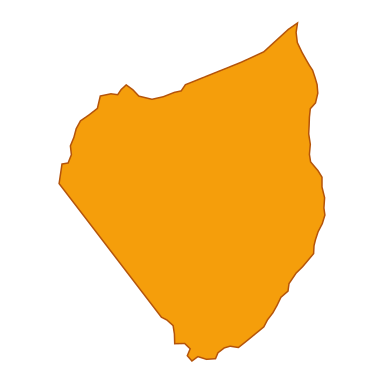 the district of Mari, Paraíba, Brazil
{"feature_id": "56859067B78351678962852", "entity_name": "Mari", "entity_type": "district", "adm_level": 2, "iso_a3": "BRA", "parent_name": "Brazil", "parent_adm1": "Paraíba", "projection": "orthographic", "projection_center": [-35.297, -7.037], "detail": "fine", "context": "isolated", "style": "filled", "palette": "amber", "viewbox_px": 384, "rotation_deg": 0, "n_neighbors": 0, "source": "geoboundaries", "source_scale": "gbopen_adm2", "svg_char_len": 1079}
<svg xmlns="http://www.w3.org/2000/svg" viewBox="0 0 384 384"><path d="M185.4,84.7L181.2,90.9L174.3,92.4L163.4,96.7L152.0,99.3L138.8,96.1L133.0,89.9L126.2,84.9L121.2,89.5L117.7,94.7L110.9,93.8L100.3,96.0L97.4,108.4L88.8,115.1L80.5,120.8L76.2,128.7L73.9,137.4L70.4,145.9L71.4,154.7L68.1,163.0L62.0,164.0L59.1,183.6L81.8,213.2L161.4,317.2L166.9,320.0L173.1,325.6L174.4,333.9L174.7,343.7L184.7,343.5L190.2,348.8L187.3,355.7L191.9,361.0L197.9,356.6L206.4,359.3L215.5,358.7L218.0,352.7L224.3,347.9L230.1,346.2L238.4,347.5L245.0,342.3L263.8,326.9L267.5,319.8L272.8,312.9L277.0,305.4L280.9,297.3L288.0,291.1L289.0,283.6L296.1,273.1L302.6,266.7L313.6,253.6L314.0,245.7L315.5,239.6L318.1,231.7L322.3,223.6L324.9,215.1L323.9,208.0L324.6,197.8L322.0,187.1L322.0,177.2L318.0,170.7L310.6,161.9L309.4,154.4L310.3,144.3L308.7,133.9L309.1,125.7L309.4,117.2L310.3,108.7L315.5,102.9L317.8,93.2L317.1,84.6L315.2,78.1L312.6,70.3L309.4,65.4L306.2,59.9L302.0,52.4L297.3,42.5L296.1,32.4L297.5,23.0L288.4,29.3L263.8,51.8L241.3,62.2L185.4,84.7Z" fill="#f59e0b" stroke="#b45309" stroke-width="1.5"/></svg>